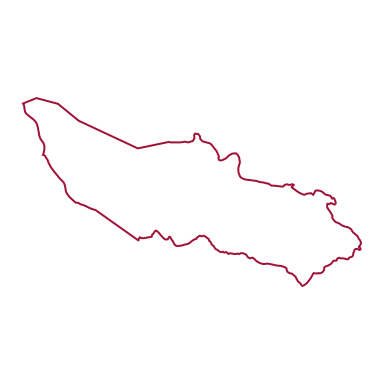 outline of Escap, Micoud, Saint Lucia
{"feature_id": "8701671B28478396095564", "entity_name": "Escap", "entity_type": "district", "adm_level": 2, "iso_a3": "LCA", "parent_name": "Saint Lucia", "parent_adm1": "Micoud", "projection": "natural_earth1", "projection_center": [-60.899, 13.831], "detail": "fine", "context": "isolated", "style": "outline", "palette": "rose", "viewbox_px": 384, "rotation_deg": 0, "n_neighbors": 0, "source": "geoboundaries", "source_scale": "gbopen_adm2", "svg_char_len": 5763}
<svg xmlns="http://www.w3.org/2000/svg" viewBox="0 0 384 384"><path d="M138.4,240.3L138.5,239.7L139.2,238.2L139.5,237.7L140.0,237.3L141.3,238.1L143.4,238.2L145.6,237.9L147.1,237.5L148.7,237.3L151.6,236.8L152.2,234.6L153.0,234.1L154.2,232.3L154.6,231.7L155.7,230.6L156.8,231.0L158.6,232.6L161.8,236.3L163.3,237.9L164.6,239.1L165.4,239.5L167.2,239.4L167.7,239.3L168.4,238.3L169.0,237.1L169.6,236.8L170.2,237.1L171.2,238.8L171.5,239.4L172.5,240.9L173.1,241.5L173.9,243.6L175.7,245.6L177.3,246.0L180.9,245.7L182.7,245.2L183.5,245.0L184.5,244.5L185.6,244.5L188.2,243.8L190.2,242.6L190.5,242.1L191.3,241.6L192.2,240.8L192.9,240.3L195.2,239.1L195.6,239.0L196.1,239.0L197.2,237.4L198.2,236.8L199.4,235.8L200.0,235.7L200.8,236.2L202.3,236.2L203.7,235.7L205.7,236.8L207.5,238.2L208.8,239.2L209.1,240.2L209.1,240.7L210.6,241.9L211.3,243.6L212.1,244.8L213.4,245.8L214.6,247.5L214.8,248.2L215.9,249.2L217.9,250.1L218.5,250.8L219.7,251.7L221.1,252.0L223.1,251.8L223.5,252.3L224.6,252.5L226.4,252.1L228.1,253.7L228.8,253.9L229.9,253.2L233.7,253.9L234.5,254.1L236.5,253.9L237.0,253.6L237.7,253.6L239.0,254.1L239.6,253.8L240.7,253.2L242.0,253.2L243.1,253.3L245.9,254.5L248.4,257.7L249.5,258.0L250.6,258.3L251.3,257.9L252.6,257.7L255.1,259.6L255.4,260.2L257.2,261.6L260.1,263.2L261.1,263.4L261.7,263.7L263.3,264.0L265.0,264.0L266.7,263.6L268.2,263.7L272.7,264.6L275.5,265.3L280.3,265.9L281.2,266.0L285.1,267.3L286.3,268.2L286.7,269.6L286.8,270.5L287.5,271.8L289.1,273.0L291.0,273.5L291.7,273.5L294.6,275.9L295.5,276.7L295.7,277.2L297.0,279.6L297.8,281.1L298.9,282.3L300.1,283.1L301.8,285.5L302.4,285.9L303.5,285.6L306.8,283.2L309.8,279.5L311.7,276.5L313.1,273.8L313.7,273.1L315.8,273.5L317.4,273.4L318.4,273.0L319.5,273.4L320.6,273.2L322.7,272.0L323.9,270.3L324.2,269.1L324.3,267.6L324.6,267.0L326.7,266.0L328.0,265.6L330.7,264.1L332.3,262.3L333.3,261.0L333.9,260.7L336.2,260.7L336.6,260.3L337.2,258.9L338.2,258.0L339.2,257.8L340.2,258.3L343.9,258.4L346.8,259.3L347.6,259.3L348.4,258.9L349.0,257.9L349.7,257.4L350.7,257.2L351.5,256.9L352.3,256.5L353.0,255.3L353.2,254.8L353.2,253.8L353.9,251.6L354.2,250.8L354.6,249.9L355.3,249.1L356.8,249.0L358.3,249.3L359.3,249.9L359.7,249.9L360.4,249.5L360.6,248.9L360.1,247.8L359.0,247.2L358.9,246.9L358.9,246.5L359.9,245.6L360.4,244.7L361.0,243.3L360.7,241.7L359.7,239.8L358.6,238.6L358.1,237.1L356.8,235.4L355.4,234.3L353.2,232.5L351.9,230.7L351.3,229.5L350.5,228.8L348.2,227.3L346.6,226.9L344.6,226.5L342.0,225.4L339.2,223.5L336.7,222.4L335.7,222.1L334.3,220.7L332.8,218.8L332.2,217.7L332.4,216.4L332.5,216.0L331.9,214.6L330.0,211.5L327.6,208.2L327.2,207.3L327.2,204.5L327.4,203.8L328.5,203.8L329.5,204.1L330.9,203.1L332.0,203.4L334.1,204.5L334.8,204.5L335.5,203.8L335.7,202.6L335.1,200.5L334.5,199.1L333.7,198.1L333.0,198.1L332.5,198.4L332.3,198.6L331.7,198.2L331.2,196.9L330.5,196.1L329.9,195.7L327.8,195.1L326.6,194.9L325.1,194.3L323.3,192.7L321.7,191.5L320.1,190.9L319.2,190.6L317.6,190.6L316.8,190.3L316.0,190.6L315.1,191.2L314.0,193.5L313.5,194.5L313.1,194.8L311.1,193.2L309.0,193.4L306.6,193.8L304.6,194.7L303.4,194.6L299.7,193.0L298.0,191.9L294.3,189.3L291.8,187.4L291.9,187.0L293.6,185.3L293.6,184.7L292.6,184.3L291.7,184.3L290.5,184.9L289.0,184.9L287.5,184.4L286.2,184.4L284.8,184.9L282.9,186.6L281.1,186.5L275.4,185.8L273.1,185.6L271.6,185.7L270.5,185.0L268.9,183.8L267.2,183.5L264.7,182.8L262.7,182.4L259.3,182.0L256.8,181.0L247.0,179.7L245.3,179.5L242.1,178.3L240.1,176.7L238.5,172.5L238.3,168.1L239.9,162.4L239.1,157.3L237.5,154.5L235.8,153.3L232.2,153.6L229.0,155.4L225.9,158.4L222.7,160.0L220.7,160.5L219.1,160.0L218.4,158.2L218.9,157.0L218.5,155.4L216.6,151.2L211.2,144.3L209.2,143.1L204.7,142.0L202.5,141.3L200.3,139.0L199.9,136.2L198.2,134.1L195.2,133.6L194.2,134.8L194.4,138.3L192.8,141.0L188.1,142.4L185.1,141.7L180.5,142.4L170.5,142.4L169.0,141.9L137.8,148.4L78.8,120.8L57.9,103.8L36.4,98.1L23.0,103.5L23.2,103.9L23.5,104.3L23.8,104.8L23.8,105.0L24.0,105.4L24.0,105.6L24.1,106.0L24.3,106.6L24.4,107.2L24.4,107.4L24.4,107.9L24.4,108.1L24.4,108.3L24.5,108.5L24.5,108.9L24.6,109.2L24.6,109.5L24.7,109.9L24.8,110.4L24.9,111.0L25.1,111.5L25.3,112.2L25.4,112.4L25.7,112.9L26.0,113.2L26.1,113.4L26.4,113.7L26.7,114.0L26.8,114.1L27.0,114.3L27.3,114.6L27.8,115.0L28.1,115.2L28.5,115.6L29.0,116.0L29.4,116.3L29.7,116.5L29.9,116.7L30.9,117.5L31.2,117.8L31.7,118.1L31.9,118.3L32.0,118.4L32.3,118.6L32.7,118.8L33.1,119.2L33.8,119.8L34.0,120.1L34.9,121.0L35.2,121.3L35.4,121.6L35.5,121.8L35.7,122.0L35.8,122.1L35.9,122.3L36.0,122.5L36.3,122.9L36.4,123.0L36.6,123.4L36.8,123.8L36.9,124.2L37.2,125.0L37.4,125.8L37.5,126.3L37.7,127.0L37.8,127.4L38.0,128.2L38.1,128.9L38.2,129.6L38.3,129.8L38.4,130.5L38.5,131.1L38.6,131.5L38.7,132.0L38.8,132.4L38.8,132.9L38.9,133.1L39.0,134.0L39.0,134.3L39.1,134.5L39.1,134.9L39.2,135.2L39.2,135.4L39.4,135.8L39.5,136.2L39.5,136.4L39.6,136.6L39.8,137.0L39.9,137.4L40.0,137.8L40.1,138.0L40.3,138.4L40.4,138.6L40.7,139.2L40.8,139.4L41.0,139.8L41.3,140.1L41.5,140.4L41.9,140.9L42.3,141.4L42.4,141.6L42.5,141.7L42.8,142.1L43.0,142.4L43.3,142.7L43.4,142.9L43.6,143.5L43.8,144.0L44.0,144.5L44.2,145.1L44.3,145.5L44.4,145.8L44.4,146.1L44.4,146.3L44.4,146.5L44.4,147.3L44.4,147.6L44.4,147.8L44.4,148.1L44.4,148.3L44.4,148.9L44.3,149.2L44.3,149.4L44.3,149.6L44.3,150.0L44.1,150.5L44.0,151.2L43.9,151.5L43.8,152.2L43.7,152.6L43.6,152.8L43.6,153.0L43.5,153.4L43.4,153.7L43.4,153.9L43.3,154.2L43.3,154.4L43.2,154.5L43.0,154.9L44.0,155.2L45.4,156.1L45.8,157.4L47.2,159.3L47.9,160.8L48.6,163.0L49.8,165.0L50.7,166.9L52.5,169.4L54.6,172.2L57.2,175.2L59.3,178.0L62.4,181.1L63.9,182.8L64.9,185.4L65.4,187.9L65.9,191.3L67.0,193.7L69.4,196.9L73.0,200.3L75.5,202.5L78.2,202.9L80.6,204.3L83.5,205.1L86.8,206.6L90.2,208.3L92.7,209.2L95.6,210.1L138.2,240.3L138.4,240.3Z" fill="none" stroke="#9f1239" stroke-width="2"/></svg>